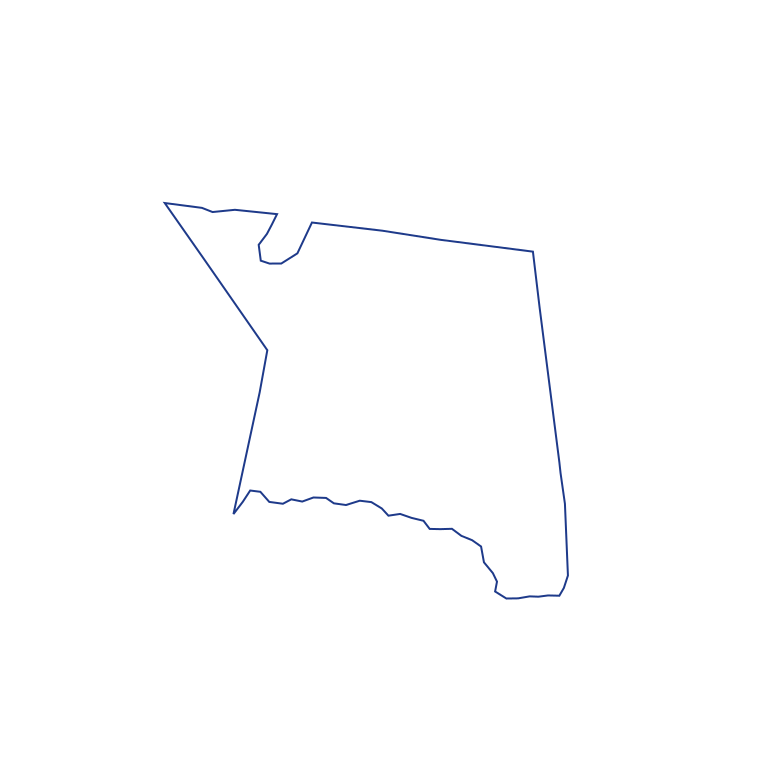 outline of Umbaúba, Sergipe, Brazil, rotated 325°
{"feature_id": "56859067B33305464141622", "entity_name": "Umbaúba", "entity_type": "district", "adm_level": 2, "iso_a3": "BRA", "parent_name": "Brazil", "parent_adm1": "Sergipe", "projection": "orthographic", "projection_center": [-37.678, -11.396], "detail": "fine", "context": "isolated", "style": "outline", "palette": "blue", "viewbox_px": 768, "rotation_deg": 325, "n_neighbors": 0, "source": "geoboundaries", "source_scale": "gbopen_adm2", "svg_char_len": 910}
<svg xmlns="http://www.w3.org/2000/svg" viewBox="0 0 768 768"><g transform="rotate(325 384 384)"><path d="M393.8,183.5L361.8,155.8L342.2,144.8L335.9,135.3L308.2,110.0L308.2,136.8L308.2,178.4L307.8,289.4L277.3,319.6L186.1,404.2L200.8,399.5L213.3,394.5L220.9,401.4L222.4,414.8L232.5,424.1L241.9,425.3L249.6,433.4L261.1,436.5L271.2,444.1L274.5,453.0L283.4,461.3L297.2,465.7L305.9,473.5L310.8,484.7L312.1,494.4L322.7,499.7L329.8,509.5L337.9,518.7L338.3,528.9L346.9,535.2L356.6,541.6L360.3,552.8L366.6,562.5L370.3,572.8L363.6,587.4L364.7,601.4L363.2,610.7L356.0,617.7L361.2,629.9L370.9,636.5L381.5,641.5L388.5,646.8L397.1,651.3L406.2,658.0L414.4,654.2L424.8,646.4L463.5,585.9L477.6,558.1L482.7,548.8L555.6,410.1L581.9,361.0L513.2,298.5L470.6,257.5L417.6,210.4L388.0,227.3L369.0,226.4L359.3,219.7L353.8,212.3L361.2,198.1L374.2,193.9L383.7,189.0L393.8,183.5Z" fill="none" stroke="#1e3a8a" stroke-width="2"/></g></svg>